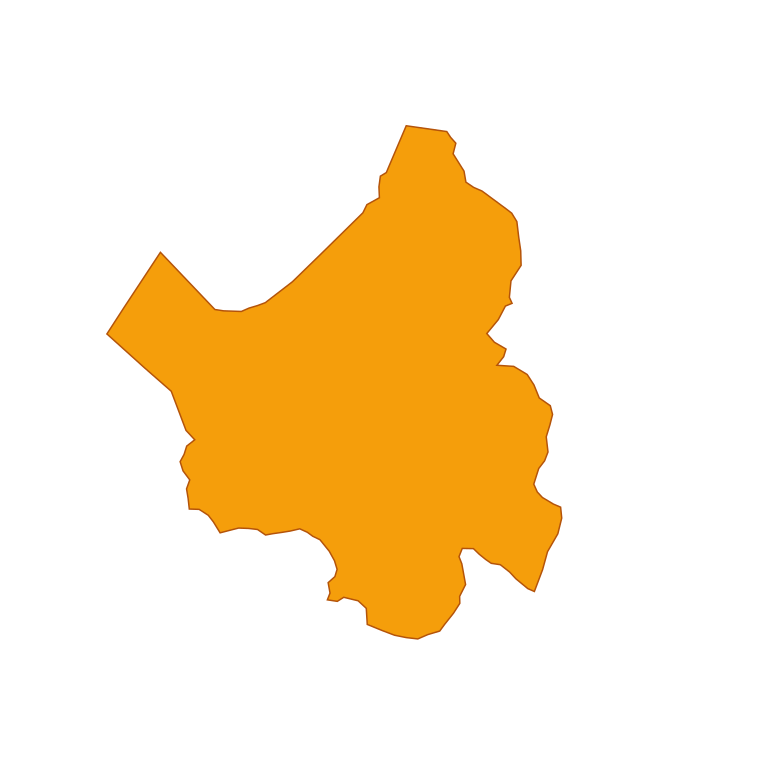 the district of Uiraúna, Paraíba, Brazil, rotated 44°
{"feature_id": "56859067B88987691440137", "entity_name": "Uiraúna", "entity_type": "district", "adm_level": 2, "iso_a3": "BRA", "parent_name": "Brazil", "parent_adm1": "Paraíba", "projection": "mercator", "projection_center": [-38.374, -6.502], "detail": "fine", "context": "isolated", "style": "filled", "palette": "amber", "viewbox_px": 768, "rotation_deg": 44, "n_neighbors": 0, "source": "geoboundaries", "source_scale": "gbopen_adm2", "svg_char_len": 1694}
<svg xmlns="http://www.w3.org/2000/svg" viewBox="0 0 768 768"><g transform="rotate(44 384 384)"><path d="M253.8,158.8L220.6,182.8L236.4,224.1L238.8,230.3L237.0,237.0L243.4,245.7L251.3,253.2L247.1,266.8L249.9,275.5L248.4,331.9L247.1,374.0L242.1,408.0L238.5,415.5L234.2,423.1L231.0,430.9L217.8,442.8L210.6,447.9L131.7,444.6L143.8,509.3L149.9,540.5L201.0,538.7L236.0,537.0L273.8,554.9L286.6,555.6L285.2,565.7L289.1,573.5L291.3,581.5L299.8,586.1L310.9,587.9L314.8,596.6L322.6,602.4L330.8,609.2L338.1,602.6L348.8,600.5L357.0,601.7L369.5,604.9L376.1,594.1L379.5,588.6L387.0,581.9L394.1,576.5L403.7,574.9L408.0,568.9L413.3,562.1L418.7,554.9L424.0,546.7L431.9,543.9L438.6,543.0L446.1,540.5L460.7,542.3L471.1,545.5L479.0,549.9L482.5,556.7L481.8,565.7L490.4,571.9L493.2,578.6L501.4,572.8L503.2,565.4L516.0,557.9L527.1,557.7L539.0,568.6L554.2,562.5L566.1,557.4L576.1,551.0L585.4,543.9L589.6,533.8L595.7,523.0L594.6,515.0L593.2,500.6L590.9,489.1L585.9,484.2L582.0,471.6L564.9,459.3L557.9,456.1L554.5,447.9L562.7,440.3L570.9,440.3L578.9,439.6L585.7,438.5L593.2,433.2L605.0,432.0L614.2,432.5L629.6,431.3L636.3,428.8L627.0,407.3L618.1,391.0L613.1,371.0L605.0,357.0L596.6,349.9L589.3,352.7L576.8,355.6L569.3,355.2L561.3,352.0L554.0,337.3L552.9,327.7L549.2,319.0L537.4,309.3L531.7,298.1L526.4,288.8L518.7,284.1L505.4,286.2L492.5,280.5L480.4,277.7L465.1,281.2L452.2,292.1L451.1,281.2L447.5,274.1L434.4,277.3L422.9,276.3L421.5,258.3L417.2,243.6L420.1,237.0L414.0,234.6L403.7,221.6L400.2,203.4L389.8,193.2L378.8,184.7L366.8,174.9L357.2,172.4L350.1,173.2L320.5,177.1L311.9,180.3L302.7,181.9L293.7,175.3L273.8,170.4L268.4,160.9L260.6,160.3L253.8,158.8Z" fill="#f59e0b" stroke="#b45309" stroke-width="1.5"/></g></svg>